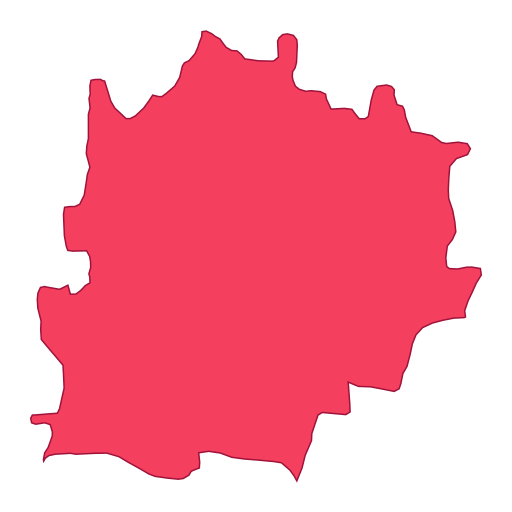 the district of Ariha, Idlib, Syria
{"feature_id": "27442178B18977709066888", "entity_name": "Ariha", "entity_type": "district", "adm_level": 2, "iso_a3": "SYR", "parent_name": "Syria", "parent_adm1": "Idlib", "projection": "albers", "projection_center": [36.527, 35.771], "detail": "fine", "context": "isolated", "style": "filled", "palette": "rose", "viewbox_px": 512, "rotation_deg": 0, "n_neighbors": 0, "source": "geoboundaries", "source_scale": "gbopen_adm2", "svg_char_len": 3169}
<svg xmlns="http://www.w3.org/2000/svg" viewBox="0 0 512 512"><path d="M43.7,461.1L45.3,458.2L48.9,455.6L55.2,454.2L70.4,453.3L75.8,454.2L94.8,453.3L106.8,453.1L119.0,456.7L128.1,462.2L140.4,469.0L148.9,474.0L155.3,476.4L167.5,478.1L178.3,479.2L183.3,478.5L187.8,475.8L188.9,475.2L191.2,471.3L195.6,469.4L199.3,468.0L199.7,462.3L198.7,452.8L208.7,451.3L220.2,453.0L231.8,457.3L244.5,459.0L257.3,460.0L274.4,461.6L281.5,462.8L290.0,470.2L294.1,475.9L296.8,480.9L302.0,468.1L305.2,455.3L311.5,440.6L311.5,440.4L311.8,433.6L318.0,415.1L321.2,413.1L322.3,412.5L345.8,414.6L347.3,413.7L350.1,411.9L349.8,404.3L348.2,382.1L349.8,382.8L358.5,386.4L370.5,386.8L382.7,389.1L394.2,391.4L399.1,388.8L400.8,383.7L402.9,373.5L407.0,366.4L410.2,354.2L412.3,344.0L416.0,334.8L422.6,327.6L432.5,323.0L443.2,320.2L453.8,318.1L464.3,317.6L465.5,317.0L464.7,310.7L468.0,301.0L471.9,292.9L476.3,283.1L481.3,275.0L480.4,268.5L471.8,267.1L466.5,267.2L457.5,269.0L449.4,268.6L446.7,266.5L445.8,257.9L447.3,246.1L452.4,239.5L455.8,231.9L454.8,221.8L452.7,210.5L448.7,198.5L448.3,189.9L448.8,178.6L449.8,166.3L456.4,158.6L467.5,154.6L470.4,148.7L467.2,143.6L466.8,143.6L458.1,142.2L446.4,143.5L441.6,142.5L432.2,135.7L420.8,133.2L411.2,131.8L405.7,117.4L404.3,109.9L402.5,106.2L397.1,104.7L394.0,95.1L394.3,89.7L391.5,86.5L386.6,85.0L377.1,86.3L374.0,90.1L371.3,99.8L368.3,116.5L365.2,118.7L359.3,118.8L355.4,114.1L351.9,109.3L344.4,108.4L331.1,109.1L326.4,99.0L325.6,94.2L320.2,91.6L315.9,91.2L311.1,90.7L305.8,91.3L299.3,89.3L295.4,86.2L293.0,80.3L292.3,76.5L292.6,71.7L295.1,67.9L296.5,62.5L297.0,51.2L297.3,45.8L296.8,39.7L293.4,35.4L287.5,33.9L282.7,34.6L279.1,37.8L277.6,41.1L277.9,47.5L278.4,57.2L273.7,61.0L270.5,61.1L258.2,60.8L248.0,59.3L244.8,58.9L241.4,54.6L237.0,50.9L231.6,50.5L226.2,47.4L223.3,43.7L219.9,38.9L215.0,36.3L211.7,33.7L206.2,31.1L202.0,31.7L201.7,36.5L198.8,44.1L197.9,47.3L195.0,53.8L192.2,57.0L189.1,60.6L184.4,62.9L182.4,66.1L179.7,77.4L174.7,86.1L166.5,93.2L161.9,96.6L158.7,96.6L152.7,95.1L149.2,100.5L143.7,108.1L135.5,115.8L130.2,118.6L126.0,118.6L119.9,112.8L114.8,108.1L110.8,101.2L107.7,91.0L104.6,81.0L102.8,80.8L100.6,79.4L95.1,79.5L94.1,79.7L92.4,80.0L91.0,80.3L89.9,85.9L90.0,90.0L90.2,94.2L89.0,98.4L89.9,106.2L89.9,106.6L90.0,106.9L90.0,107.1L90.1,108.1L89.2,111.2L88.4,114.3L88.4,138.6L86.8,146.3L86.3,153.7L88.6,162.2L89.9,167.3L87.4,174.3L85.8,185.4L84.2,195.2L79.7,204.3L75.0,206.5L69.4,206.6L64.6,207.3L63.5,214.3L64.4,235.9L66.3,246.3L67.8,250.4L72.7,251.1L81.7,250.9L86.6,250.8L89.6,256.3L90.5,261.2L90.7,267.5L88.9,273.7L89.8,277.2L90.0,282.8L85.3,285.6L80.6,290.6L75.9,294.1L70.4,294.2L67.9,285.2L64.1,287.1L59.6,289.3L47.4,287.2L44.2,286.5L42.5,287.1L40.5,287.4L39.1,290.4L37.9,293.3L37.3,299.3L37.8,308.0L41.1,321.1L40.7,329.5L40.9,332.7L41.1,335.9L41.3,339.4L43.5,342.1L44.9,343.8L49.8,349.6L51.8,352.0L53.8,354.3L57.6,358.8L60.2,361.9L63.0,365.2L63.4,372.5L63.7,378.3L64.0,384.8L64.1,388.3L62.0,397.5L59.5,408.8L57.4,413.2L38.4,414.7L35.9,414.9L32.3,415.1L30.7,418.3L31.6,422.8L35.7,424.2L44.7,422.8L50.2,424.6L52.4,432.0L52.2,436.2L48.2,447.4L44.7,452.9L43.4,459.6L43.7,461.1Z" fill="#f43f5e" stroke="#9f1239" stroke-width="1.5"/></svg>